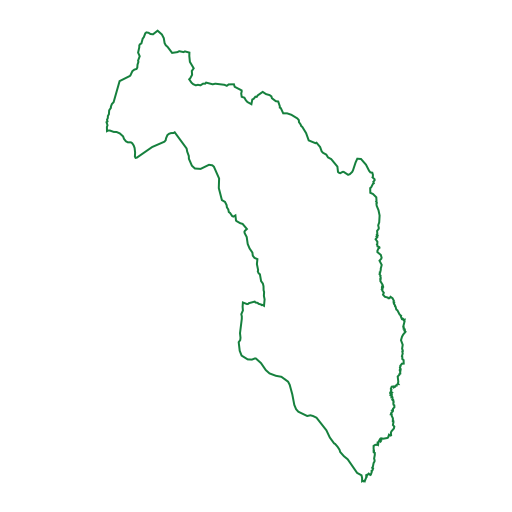 the district of Sekyere East, Ashanti, Ghana
{"feature_id": "2480657B61321065662810", "entity_name": "Sekyere East", "entity_type": "district", "adm_level": 2, "iso_a3": "GHA", "parent_name": "Ghana", "parent_adm1": "Ashanti", "projection": "equal_earth", "projection_center": [-1.328, 6.78], "detail": "fine", "context": "isolated", "style": "outline", "palette": "green", "viewbox_px": 512, "rotation_deg": 0, "n_neighbors": 0, "source": "geoboundaries", "source_scale": "gbopen_adm2", "svg_char_len": 6054}
<svg xmlns="http://www.w3.org/2000/svg" viewBox="0 0 512 512"><path d="M119.6,81.1L113.6,102.2L111.9,104.0L110.9,106.6L110.9,107.8L109.2,110.3L108.9,114.2L107.9,116.0L107.8,118.1L107.0,119.8L107.5,121.5L106.5,122.2L107.5,125.2L106.9,127.0L107.0,131.1L108.2,130.5L109.8,130.5L113.7,131.9L116.6,132.0L119.8,133.4L123.1,136.4L124.0,138.9L125.9,141.3L127.8,142.3L130.8,142.3L132.2,143.2L133.7,145.5L134.6,148.0L135.1,152.5L134.9,156.6L135.6,157.9L136.9,157.6L152.2,147.0L164.4,141.7L165.7,140.2L166.0,138.4L167.4,135.1L169.0,133.8L171.0,133.1L173.6,133.0L174.7,132.3L186.6,148.5L187.2,151.6L188.8,156.0L188.9,158.8L191.9,165.7L194.9,168.5L200.6,168.9L209.0,164.8L212.3,165.3L213.9,166.7L219.1,178.5L218.8,188.1L221.9,200.1L225.0,201.9L226.6,205.1L226.9,207.3L228.3,209.5L228.8,212.0L230.1,213.0L232.2,216.1L233.4,216.6L235.4,215.4L236.0,220.5L236.4,221.0L240.2,223.2L242.6,223.9L246.9,229.0L244.9,230.8L244.4,231.9L244.7,233.2L246.7,237.0L247.7,244.0L249.6,248.5L252.4,252.6L252.8,255.7L254.5,257.9L257.4,259.1L256.9,264.1L258.1,270.0L257.8,271.4L258.7,273.4L259.9,274.3L261.1,281.1L262.9,283.6L263.5,286.2L263.6,290.2L264.1,292.0L263.9,295.9L264.6,299.4L264.0,305.8L262.5,304.9L261.6,305.1L261.1,304.5L258.5,303.8L257.7,302.9L255.5,302.5L254.7,301.6L248.8,303.2L248.4,303.8L247.1,304.1L242.9,302.5L242.6,306.7L242.9,310.5L241.3,314.2L241.8,316.3L241.8,318.8L240.0,333.2L240.5,337.8L240.2,340.1L238.7,342.2L239.7,350.8L241.6,355.6L247.7,359.4L251.9,359.6L255.0,358.4L255.9,358.5L261.0,363.1L265.8,370.1L269.5,373.4L275.9,375.8L281.4,376.8L288.1,381.7L289.7,384.8L292.3,394.4L294.3,404.9L296.1,409.2L298.3,411.7L307.2,416.0L310.4,415.3L313.0,416.0L316.5,417.7L326.4,430.3L329.8,437.5L334.1,443.4L335.1,443.9L337.6,446.8L339.5,449.7L340.2,452.0L343.9,456.2L347.7,459.3L357.1,472.9L361.5,475.3L362.1,478.0L362.1,481.2L362.8,480.8L363.5,481.3L364.7,480.4L364.9,480.8L366.2,477.5L366.2,476.9L366.7,476.7L366.2,475.2L367.1,474.7L367.5,474.9L368.7,473.6L370.3,475.0L370.8,474.7L371.8,471.8L371.5,471.0L372.5,470.2L373.1,468.4L372.2,467.8L372.9,466.6L373.6,463.0L374.5,461.5L374.6,460.2L374.1,458.6L374.8,454.9L374.8,452.9L373.7,452.3L373.6,451.1L374.0,451.1L374.0,450.5L373.6,449.1L373.6,445.9L375.3,444.8L377.4,444.9L377.5,443.9L378.1,444.6L378.3,443.7L377.8,442.4L378.3,442.2L379.6,439.9L380.4,441.7L380.8,441.4L380.6,440.2L381.3,439.8L380.9,438.9L381.1,438.3L383.4,438.7L387.2,438.0L388.1,437.5L389.0,434.7L390.3,435.6L391.1,435.3L390.9,432.7L391.4,431.4L393.9,428.5L394.3,426.6L392.9,425.0L393.5,422.0L393.3,420.9L392.8,421.0L392.9,418.3L391.7,415.8L391.7,414.4L390.8,414.3L391.4,412.6L392.8,411.4L392.9,410.8L392.2,410.3L393.0,409.8L393.0,408.8L394.4,407.2L394.3,405.3L393.5,404.7L393.3,402.8L393.7,402.1L393.3,400.3L392.9,400.5L392.2,399.6L392.6,398.0L392.3,396.9L392.1,396.5L391.5,396.8L391.7,395.3L391.2,395.7L390.4,395.2L390.9,393.8L390.2,393.3L390.2,392.8L391.5,392.4L390.7,391.9L391.3,391.2L391.0,390.5L391.4,389.7L390.8,388.9L391.7,386.7L393.7,386.4L393.8,387.4L395.2,386.7L396.0,385.5L396.6,385.5L396.6,385.0L397.7,384.1L398.4,384.1L397.9,383.3L398.3,381.9L397.7,376.5L399.4,374.7L399.4,374.1L400.3,373.6L400.1,372.6L400.3,372.0L399.7,370.1L400.0,369.2L400.6,369.7L400.7,369.1L399.9,367.4L400.5,366.2L400.3,365.8L401.9,363.7L403.7,363.6L403.6,360.1L402.3,359.0L402.3,356.8L401.9,356.3L402.7,353.6L402.3,351.4L402.8,351.1L402.7,350.2L402.1,348.8L402.7,344.8L401.0,340.2L402.0,336.7L403.2,334.5L405.5,331.8L404.4,330.7L404.9,330.1L404.7,329.2L403.6,328.8L403.8,327.2L403.2,326.8L404.6,321.2L404.3,320.7L404.6,319.7L404.1,319.8L403.3,319.1L403.2,319.7L402.7,319.1L401.9,319.1L400.8,316.4L401.1,315.8L399.6,314.5L397.4,310.3L396.3,309.5L395.6,306.8L395.0,306.2L395.1,305.5L394.0,303.9L394.2,302.8L393.7,302.8L393.5,301.8L393.9,300.9L392.5,298.2L390.5,296.8L389.5,298.2L388.4,298.3L387.9,297.6L384.9,296.8L383.0,294.7L383.8,292.8L382.2,290.5L382.5,289.1L381.9,289.0L382.2,288.3L381.9,287.6L382.0,286.9L382.9,287.4L383.2,287.0L382.6,284.8L380.3,281.0L380.5,279.8L380.2,279.1L380.7,278.8L380.7,277.5L380.3,276.6L380.6,275.8L379.5,274.1L379.9,273.5L379.8,272.4L380.2,272.3L380.8,269.7L380.7,268.9L381.7,264.9L379.5,260.7L381.3,258.7L381.6,257.7L380.8,254.9L377.4,252.1L377.4,250.8L378.4,248.6L379.5,247.8L379.3,247.1L377.5,246.4L377.4,245.4L376.9,244.5L377.3,243.9L377.4,241.7L375.6,239.2L377.3,237.1L376.6,236.5L377.7,235.5L377.5,235.1L376.9,235.5L376.7,234.8L377.3,233.8L377.1,230.9L378.7,228.8L378.8,228.0L378.2,225.3L379.2,222.4L379.6,215.5L378.5,210.2L376.7,205.8L376.4,203.7L376.8,203.2L376.8,202.3L376.1,201.6L376.5,200.7L376.3,197.3L373.0,194.0L370.3,192.8L370.2,188.1L371.2,187.3L372.9,183.9L373.8,183.3L373.3,181.8L374.6,180.3L374.6,179.3L372.5,177.3L372.9,176.6L372.9,174.7L372.3,172.7L370.4,172.4L369.1,170.8L366.0,164.7L361.0,159.0L357.3,158.7L355.6,162.4L353.0,170.3L352.2,171.9L349.8,174.2L348.1,174.8L343.7,171.9L342.6,171.9L340.2,173.2L338.7,172.6L338.0,171.9L337.4,166.6L331.2,159.1L328.0,157.4L326.3,154.6L323.0,152.8L321.7,151.4L320.1,147.0L316.5,142.7L315.5,143.2L308.7,140.4L306.1,133.1L302.3,126.9L301.1,125.9L300.7,124.6L299.0,122.2L298.8,120.1L297.3,118.4L291.4,114.8L287.0,113.3L283.2,113.3L280.8,108.1L279.8,107.6L279.8,106.2L278.2,101.5L275.8,101.2L271.9,98.2L271.4,96.4L269.6,95.1L266.0,94.1L262.7,91.9L257.7,95.4L256.7,96.9L255.4,96.7L253.7,98.8L252.3,99.5L251.4,104.2L247.4,102.0L245.8,100.2L244.4,97.7L241.7,96.8L241.2,93.5L241.7,91.5L241.6,90.4L234.7,86.8L233.9,84.3L228.7,84.4L226.8,85.8L224.4,84.8L215.3,83.7L212.7,84.3L206.1,82.6L205.2,83.7L203.0,83.7L200.5,85.3L197.9,84.8L195.8,85.3L193.2,84.2L191.5,82.7L189.2,79.3L190.2,78.3L192.1,74.8L191.8,71.0L193.7,68.3L189.9,61.9L189.3,56.0L189.4,52.6L184.9,51.4L183.6,52.1L179.2,51.2L177.5,52.1L172.1,52.9L167.6,46.9L165.8,45.3L164.6,43.1L163.8,38.2L161.9,34.5L157.6,30.7L153.0,34.3L150.4,34.0L148.6,32.8L146.4,32.4L145.3,33.3L143.8,37.2L142.7,38.6L141.4,43.4L139.8,44.4L139.3,45.5L139.3,47.2L138.1,52.6L139.7,56.2L138.1,60.6L138.4,61.9L137.5,64.7L137.3,67.6L136.5,69.0L134.4,69.6L132.4,71.1L130.4,75.4L129.8,76.0L119.6,81.1Z" fill="none" stroke="#15803d" stroke-width="2"/></svg>